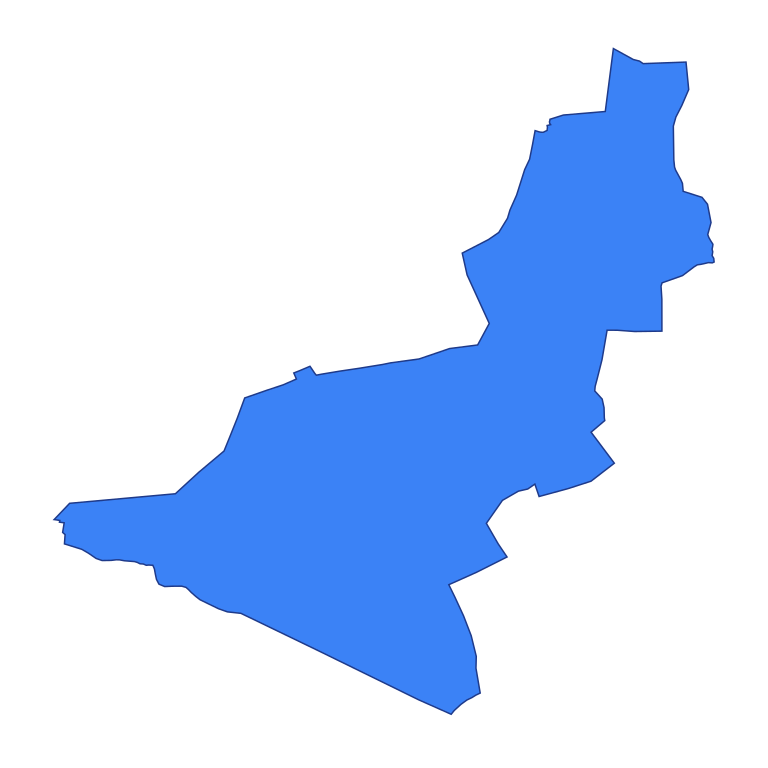 the district of Roni, Jigawa, Nigeria, rotated 89°
{"feature_id": "59680162B41504820717654", "entity_name": "Roni", "entity_type": "district", "adm_level": 2, "iso_a3": "NGA", "parent_name": "Nigeria", "parent_adm1": "Jigawa", "projection": "natural_earth1", "projection_center": [8.308, 12.563], "detail": "fine", "context": "isolated", "style": "filled", "palette": "blue", "viewbox_px": 768, "rotation_deg": 89, "n_neighbors": 0, "source": "geoboundaries", "source_scale": "gbopen_adm2", "svg_char_len": 2205}
<svg xmlns="http://www.w3.org/2000/svg" viewBox="0 0 768 768"><g transform="rotate(89 384 384)"><path d="M67.4,76.4L68.2,119.3L65.6,122.9L63.9,129.1L52.6,148.8L115.4,158.0L118.2,199.9L122.2,213.4L123.6,213.6L124.7,214.0L126.2,213.8L127.6,212.9L128.4,216.4L130.2,216.1L133.3,216.5L135.1,220.4L135.0,222.7L134.6,224.5L133.3,228.5L147.1,231.3L161.8,234.5L172.1,239.6L197.4,248.1L212.2,255.0L220.4,257.6L234.5,266.6L241.4,277.0L254.5,303.5L276.4,299.0L325.3,277.7L346.6,289.7L349.7,317.8L359.6,348.6L362.9,376.6L364.5,385.3L367.8,408.2L370.4,428.2L373.1,446.4L374.0,451.5L372.2,453.0L367.7,455.9L365.0,457.7L369.2,468.1L371.4,474.0L377.5,471.5L383.1,484.9L387.9,500.3L395.5,523.5L415.6,531.3L433.7,538.9L448.2,545.1L468.9,570.6L469.1,570.9L469.7,571.5L490.1,594.5L497.8,700.4L513.8,716.2L514.2,713.6L514.8,710.5L516.5,710.9L517.2,706.2L526.8,707.9L529.0,705.5L538.3,706.3L544.0,689.1L547.9,682.6L553.4,674.9L555.6,668.9L555.6,665.8L555.6,659.9L555.1,654.8L555.2,651.6L556.2,646.7L557.2,636.5L558.1,633.7L559.5,631.1L559.8,627.7L561.1,624.9L560.9,622.4L561.2,618.3L564.8,616.8L570.3,615.9L575.4,614.9L580.2,612.5L582.7,606.8L582.5,599.3L582.6,589.8L583.9,585.5L586.2,583.0L589.1,580.3L593.2,575.8L596.5,571.7L600.8,563.3L605.8,553.4L609.1,544.6L610.8,531.1L650.3,452.8L659.7,434.4L700.5,354.6L715.4,322.6L711.6,319.4L705.6,312.6L701.4,306.6L699.1,301.6L696.7,297.6L694.7,293.2L669.8,297.0L657.9,296.5L637.2,301.2L617.2,308.5L598.4,316.8L585.8,322.7L573.8,294.6L559.1,264.0L545.7,272.7L525.1,284.1L502.4,267.6L493.5,251.5L491.5,242.1L486.7,234.9L499.2,230.9L491.9,202.1L484.8,178.7L467.2,155.1L435.8,177.8L424.4,163.9L421.8,164.3L411.5,164.4L402.9,166.1L394.6,173.4L390.0,172.9L382.3,170.7L363.5,165.6L334.1,160.0L334.3,150.0L335.9,132.4L336.0,105.2L304.1,104.7L291.0,105.3L287.7,104.2L280.8,83.6L272.4,72.1L270.3,68.6L269.9,65.2L269.2,61.6L268.3,57.6L268.6,53.6L267.8,51.8L264.1,52.1L261.4,53.7L257.6,53.0L254.9,53.6L252.2,53.0L250.0,52.7L246.6,54.8L243.1,56.7L240.2,57.7L228.3,54.2L209.9,57.4L202.9,62.8L196.6,81.5L188.6,82.1L184.8,83.7L180.8,85.8L175.2,88.7L172.2,89.7L169.7,89.9L165.0,90.3L131.2,90.2L122.2,87.5L110.8,81.4L94.9,74.2L67.4,76.4Z" fill="#3b82f6" stroke="#1e3a8a" stroke-width="1.5"/></g></svg>